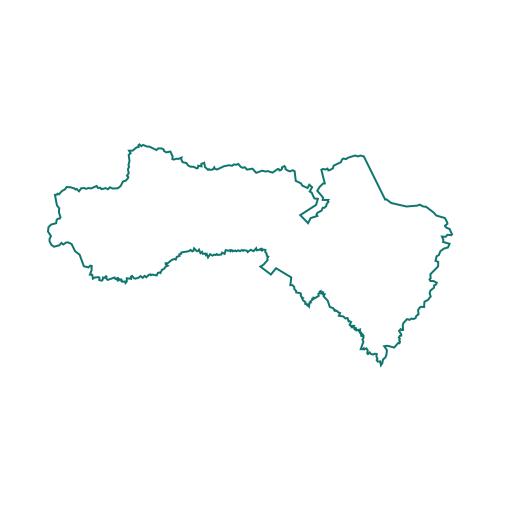 Makonde, Mashonaland West, Zimbabwe (Mercator projection), rotated 254°
{"feature_id": "62879985B9452203972303", "entity_name": "Makonde", "entity_type": "district", "adm_level": 2, "iso_a3": "ZWE", "parent_name": "Zimbabwe", "parent_adm1": "Mashonaland West", "projection": "mercator", "projection_center": [29.982, -17.062], "detail": "fine", "context": "isolated", "style": "outline", "palette": "teal", "viewbox_px": 512, "rotation_deg": 254, "n_neighbors": 0, "source": "geoboundaries", "source_scale": "gbopen_adm2", "svg_char_len": 6122}
<svg xmlns="http://www.w3.org/2000/svg" viewBox="0 0 512 512"><g transform="rotate(254 256 256)"><path d="M326.8,316.5L328.3,314.9L328.0,311.9L329.6,309.8L331.5,308.3L333.3,308.7L334.6,308.1L334.1,305.6L332.4,304.8L331.7,303.5L331.8,302.2L332.7,302.3L333.6,301.0L331.6,294.8L334.4,290.7L334.6,288.4L336.3,285.4L335.9,279.1L340.9,276.7L341.5,271.2L344.4,269.7L344.5,267.4L345.9,265.9L349.4,264.3L349.1,262.4L350.1,260.0L349.3,257.8L350.7,255.1L351.1,249.9L349.9,242.5L351.2,240.5L352.7,240.3L351.1,238.4L351.3,236.0L352.4,234.7L352.0,233.7L355.6,231.5L359.9,231.9L359.5,228.7L357.2,228.3L358.7,225.4L356.6,224.3L356.6,223.1L358.9,220.7L360.0,217.5L361.9,215.6L364.5,214.8L366.5,211.2L369.6,210.8L371.1,211.5L370.7,208.1L371.4,206.6L371.4,203.5L372.2,202.3L374.7,203.3L380.0,202.5L380.4,198.2L382.4,196.5L384.1,196.5L385.5,194.7L386.4,191.7L385.3,189.5L390.4,183.8L391.3,181.3L393.9,178.1L393.2,176.0L395.4,174.7L394.8,173.5L393.1,173.2L393.3,171.1L391.3,166.4L392.2,163.0L389.3,163.8L388.3,161.5L382.3,160.6L378.6,158.5L376.7,158.6L374.8,156.8L370.7,156.5L368.8,154.1L367.1,155.0L366.2,154.5L364.3,151.5L364.3,148.7L360.5,145.1L359.2,141.7L360.4,136.7L362.3,134.5L361.0,132.2L362.7,130.1L362.8,126.0L364.5,125.1L365.0,122.8L367.2,122.1L366.4,116.1L367.5,113.7L367.4,111.3L368.7,109.4L369.3,106.7L367.0,103.7L369.9,102.1L369.7,100.7L371.0,100.1L373.3,96.4L374.5,92.9L372.7,90.8L372.0,87.5L369.6,83.5L370.6,82.5L369.9,81.5L370.2,79.6L359.5,78.6L356.1,80.0L352.3,78.6L347.0,78.7L346.0,77.5L346.5,76.0L345.7,74.4L342.6,72.9L342.7,67.8L341.0,64.5L336.8,62.8L331.6,64.4L329.2,62.2L326.9,61.6L323.1,62.4L320.6,64.4L320.5,70.0L322.2,72.5L320.2,73.9L321.3,77.2L320.9,79.0L318.4,82.0L310.5,83.4L305.9,86.8L293.6,87.7L291.2,91.8L292.4,94.1L291.7,95.3L287.6,94.0L283.8,91.2L283.1,93.4L279.2,93.0L279.8,95.2L279.0,99.0L278.3,99.5L276.1,98.7L274.8,100.8L275.5,102.1L277.5,103.0L276.8,104.3L277.9,106.2L277.2,106.6L275.5,105.9L273.9,106.9L274.3,114.1L273.3,114.1L271.8,115.7L273.0,116.4L272.9,117.3L271.9,117.8L270.5,117.0L270.8,119.8L269.7,120.3L269.0,119.7L268.0,120.6L267.5,123.4L266.1,123.2L267.1,124.7L270.2,125.7L268.5,129.6L270.6,130.1L271.0,131.4L268.3,132.5L267.5,133.8L267.5,137.0L268.5,139.5L266.2,141.1L267.6,143.4L265.8,144.7L267.4,147.7L267.4,149.4L266.5,149.7L266.7,151.2L264.7,155.2L266.8,157.0L266.8,158.7L266.0,159.4L268.8,162.0L268.8,163.6L270.8,166.5L271.0,168.5L273.1,166.9L273.9,167.1L273.5,169.3L275.5,174.2L275.6,176.9L274.7,177.9L277.0,179.6L277.2,182.6L278.7,182.7L278.8,184.7L280.0,185.2L279.1,192.8L279.9,194.8L278.0,196.0L278.3,197.3L280.4,198.6L277.0,200.4L276.8,201.6L277.8,203.0L274.0,203.4L274.8,205.3L272.7,205.5L272.4,207.8L270.7,208.1L271.4,209.2L267.9,209.5L270.4,212.4L268.4,214.2L268.8,216.3L268.0,217.6L268.7,218.7L267.5,219.7L267.0,223.0L268.6,224.4L266.7,226.4L270.0,228.5L268.7,230.8L268.8,232.5L267.7,232.7L268.4,233.8L267.1,234.7L267.6,235.3L266.7,236.5L266.9,237.7L266.0,238.3L266.4,240.4L265.0,242.0L265.6,244.0L264.6,245.1L265.0,245.9L263.5,248.8L262.1,249.1L263.4,252.7L261.3,255.0L263.4,258.3L261.3,258.3L261.1,261.1L261.7,262.5L261.4,263.4L260.1,262.7L259.5,263.2L260.3,264.2L259.3,266.7L257.1,266.0L255.6,266.9L253.3,266.4L252.0,267.6L250.7,266.3L248.8,265.9L245.5,260.7L244.6,257.3L234.1,265.2L238.7,271.9L225.7,284.0L218.5,281.0L218.0,283.0L215.8,284.2L213.9,283.7L211.4,284.9L209.9,284.6L208.1,288.3L206.9,288.8L205.9,288.1L204.2,288.3L202.8,289.5L202.5,288.7L200.5,289.0L197.9,290.8L196.5,290.1L194.9,292.9L194.4,291.8L193.4,292.5L193.9,293.2L193.4,293.3L196.2,294.5L196.2,295.6L196.9,295.2L198.2,297.7L199.3,298.3L198.7,299.3L200.1,299.8L199.3,301.2L200.4,305.3L202.4,305.5L203.0,306.9L204.2,307.4L204.4,308.6L202.5,308.4L202.9,309.5L202.0,309.5L202.1,310.3L200.8,309.6L200.3,311.4L198.6,309.9L193.3,312.6L186.7,312.9L184.6,315.8L182.1,316.4L182.5,316.9L181.1,317.7L181.1,318.6L179.3,319.4L178.1,321.1L175.7,319.2L173.8,323.3L171.3,324.7L171.1,326.9L167.7,327.0L167.8,327.8L166.3,329.2L164.2,327.1L163.3,327.3L161.7,328.7L162.5,329.0L162.1,330.2L161.4,329.3L161.4,330.5L160.7,329.8L160.5,330.6L159.5,330.5L159.4,331.5L158.3,330.7L157.7,331.3L158.0,332.2L156.8,332.1L156.7,334.7L155.6,333.3L156.3,335.6L153.8,334.7L153.6,335.4L151.4,335.3L152.1,336.0L151.0,336.1L151.8,337.4L149.7,336.2L149.4,337.3L147.4,336.6L146.5,335.3L143.9,335.6L137.6,331.0L136.9,333.0L137.6,334.2L136.4,334.5L136.8,336.6L134.5,337.4L131.8,336.1L130.9,336.6L132.0,338.7L130.3,339.3L129.0,341.4L129.3,343.3L128.6,345.0L126.3,344.1L123.7,344.4L122.7,343.3L120.9,343.9L120.5,346.3L116.6,346.0L118.1,347.8L121.5,349.6L122.8,352.4L125.0,354.1L129.4,355.9L133.9,354.4L133.4,357.8L129.9,363.6L133.2,368.7L132.6,369.8L133.9,370.8L135.3,370.3L136.8,371.5L138.2,370.8L139.6,372.2L139.4,373.6L140.6,374.0L144.6,372.9L145.8,374.9L144.6,375.7L144.4,377.0L149.3,378.1L150.8,379.1L153.7,383.7L152.3,386.0L153.0,388.2L152.0,390.0L152.3,392.2L154.3,393.7L155.1,396.1L159.3,396.9L161.3,399.2L161.7,400.7L160.6,403.5L165.6,405.3L166.4,409.2L169.0,412.8L172.6,412.7L174.8,414.3L176.4,418.3L178.7,419.2L178.9,421.0L180.5,422.4L183.0,419.7L183.9,416.8L185.6,416.3L186.4,417.7L190.4,418.6L195.8,428.2L200.1,429.5L201.9,427.2L205.9,429.5L206.5,432.0L209.8,434.6L211.3,438.6L211.3,442.9L214.4,445.4L217.9,439.7L220.0,440.6L223.4,440.1L222.2,443.6L223.6,445.9L222.2,449.4L222.8,450.4L228.7,449.5L230.4,447.1L232.5,445.9L233.1,446.1L234.1,448.8L235.4,449.1L240.4,448.1L245.2,440.5L248.9,438.7L256.3,433.2L257.7,430.1L260.2,427.6L260.0,424.8L262.1,414.3L269.6,400.7L274.7,396.8L274.7,395.7L322.0,387.1L323.8,384.0L323.6,381.5L325.3,378.9L325.1,371.5L324.3,369.2L325.6,367.0L325.0,365.3L322.8,363.5L321.4,355.5L319.1,354.1L318.3,350.9L318.3,349.2L320.3,348.8L320.0,346.6L321.2,344.2L320.9,342.6L306.8,342.1L307.1,340.3L304.8,336.1L301.8,332.9L293.8,336.5L291.5,335.6L290.0,340.8L289.4,340.0L288.2,340.6L286.1,337.9L284.6,337.3L283.5,334.9L283.9,333.5L281.5,331.4L280.6,327.0L279.1,325.5L277.6,326.0L277.4,319.0L273.2,315.1L283.1,309.8L288.6,327.9L293.9,331.2L295.3,327.9L301.6,327.0L303.2,325.4L306.6,328.9L309.8,326.9L307.1,324.3L310.9,319.9L313.5,319.2L317.3,314.9L326.8,316.5Z" fill="none" stroke="#0f766e" stroke-width="2"/></g></svg>